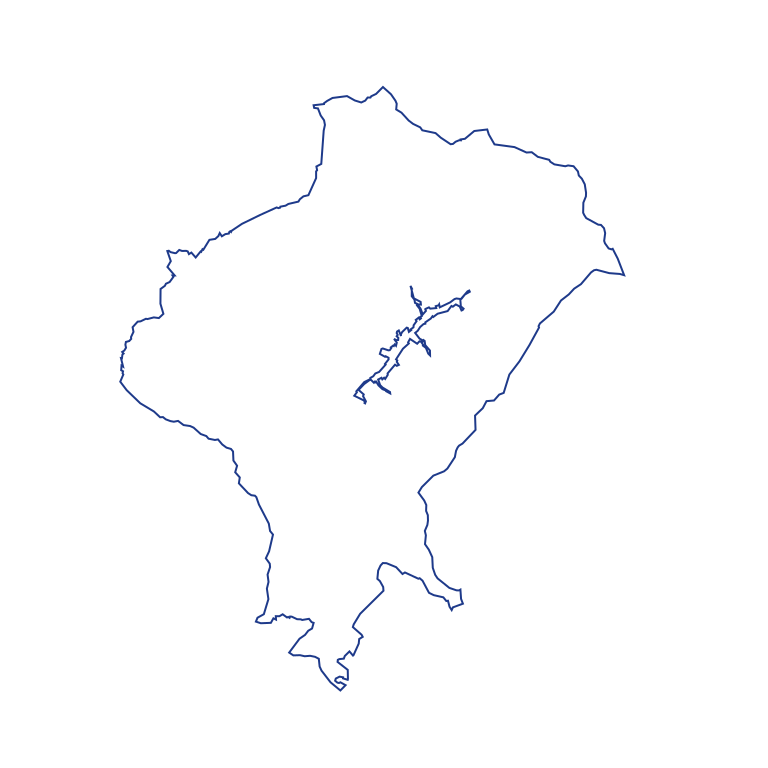 the district of Sandominic, Harghita, Romania, rotated 78°
{"feature_id": "2599482B98867301333239", "entity_name": "Sandominic", "entity_type": "district", "adm_level": 2, "iso_a3": "ROU", "parent_name": "Romania", "parent_adm1": "Harghita", "projection": "robinson", "projection_center": [25.816, 46.646], "detail": "fine", "context": "isolated", "style": "outline", "palette": "blue", "viewbox_px": 768, "rotation_deg": 78, "n_neighbors": 0, "source": "geoboundaries", "source_scale": "gbopen_adm2", "svg_char_len": 6156}
<svg xmlns="http://www.w3.org/2000/svg" viewBox="0 0 768 768"><g transform="rotate(78 384 384)"><path d="M664.7,498.3L674.7,490.4L670.6,484.2L666.7,488.7L667.1,490.2L666.4,491.7L664.1,493.5L662.1,492.4L661.0,488.3L662.4,485.0L663.4,485.3L665.8,481.0L665.0,480.6L656.1,478.9L646.2,487.2L644.2,486.5L643.8,484.9L644.3,480.4L641.9,478.9L638.4,473.4L643.2,470.8L642.9,470.2L632.7,462.7L628.3,461.3L626.9,457.4L624.7,458.0L615.3,465.0L612.8,463.6L603.8,455.1L586.1,427.5L582.4,427.0L575.9,429.0L573.2,431.0L565.3,428.5L560.8,425.1L558.9,422.4L559.8,418.8L565.7,410.2L573.7,405.4L572.7,402.7L581.6,390.9L581.4,389.5L584.4,387.2L597.6,383.4L600.9,379.2L605.0,370.3L609.2,368.2L609.3,366.5L615.5,366.2L619.2,364.8L616.8,363.0L615.3,352.5L610.2,353.3L601.0,352.0L601.5,353.6L600.9,356.0L597.0,362.5L585.3,372.0L581.3,373.6L573.9,374.5L563.4,372.8L555.4,374.6L549.2,377.2L540.7,374.5L536.2,374.6L530.9,370.9L526.8,369.4L521.4,368.4L516.9,369.2L511.2,367.8L506.3,368.9L497.4,372.9L492.7,368.4L483.9,354.8L481.9,343.4L479.9,339.6L470.3,329.9L464.3,327.4L461.3,325.1L459.9,323.4L458.6,319.6L447.9,304.0L433.8,301.5L428.2,292.4L422.1,287.3L423.0,279.8L418.3,273.5L417.6,268.8L400.8,259.4L390.0,246.8L376.1,233.6L361.0,220.6L359.6,220.8L357.2,218.9L348.5,202.9L339.1,193.5L334.8,184.6L330.3,178.2L327.3,170.6L317.9,158.3L316.4,154.9L316.4,152.5L322.4,140.6L325.4,130.4L327.5,126.5L310.0,129.3L299.3,132.2L299.6,133.5L298.1,136.1L292.3,138.6L289.8,138.9L282.4,136.3L277.4,136.4L273.5,138.7L272.7,141.3L263.8,151.7L260.4,153.0L257.9,153.6L248.1,151.3L242.5,147.5L239.0,146.6L230.4,146.1L224.3,147.8L220.6,150.1L216.4,150.1L210.4,153.3L208.5,158.5L208.7,161.4L204.6,171.7L201.2,175.1L199.1,175.8L193.8,186.3L188.0,191.3L187.2,196.5L179.4,207.1L172.6,226.1L161.7,229.6L156.5,230.1L155.3,243.1L161.0,253.9L160.7,258.2L161.6,258.2L161.2,259.8L161.9,263.6L163.5,266.6L163.3,269.0L154.8,277.3L149.3,281.4L143.8,293.8L140.5,295.2L135.6,301.5L131.4,305.1L122.2,310.5L118.0,315.0L112.5,313.3L109.3,313.9L102.1,316.9L93.3,323.3L98.6,331.4L99.9,336.7L101.0,337.7L100.4,340.5L102.9,343.4L103.9,347.7L100.6,353.6L94.7,360.3L93.5,374.9L95.3,380.8L96.9,384.3L97.7,384.5L96.7,394.9L99.4,394.9L100.7,391.3L108.2,390.1L113.6,387.8L118.3,387.9L123.6,390.3L155.7,399.6L157.2,404.9L161.0,405.0L161.9,406.2L168.5,407.6L183.6,418.7L183.7,423.8L185.8,427.9L187.8,429.8L188.0,440.1L189.1,443.2L189.0,448.5L189.9,449.0L190.0,450.7L189.0,452.3L192.9,470.0L197.8,489.6L202.4,501.1L203.5,502.0L202.6,502.6L203.1,503.7L204.6,504.5L204.4,508.0L205.8,511.9L202.2,513.3L204.9,515.3L207.0,518.9L206.7,524.8L215.1,532.8L214.4,533.5L216.7,535.3L216.2,535.8L221.1,541.9L215.4,545.1L216.4,547.8L213.5,548.4L212.7,549.7L211.8,554.0L210.3,556.4L212.7,560.1L212.6,561.2L210.6,565.4L208.9,566.8L208.9,568.3L219.5,567.0L224.5,571.5L234.3,566.2L233.9,568.3L235.4,567.7L239.7,572.5L240.6,576.5L242.4,577.9L244.6,582.8L259.0,586.0L269.5,585.2L272.7,590.5L271.0,595.3L271.3,601.9L270.7,603.3L272.1,609.1L271.8,612.0L276.2,618.1L280.9,618.2L285.5,621.7L287.3,621.9L289.0,624.3L289.2,627.7L291.8,628.8L294.9,628.8L297.3,631.1L298.2,633.4L300.1,632.4L300.7,633.7L304.4,635.0L304.0,635.9L312.7,635.6L311.4,636.9L315.9,638.2L317.3,636.6L319.2,637.5L320.5,637.0L326.9,641.5L336.5,637.0L352.2,626.4L363.0,614.8L370.0,609.9L370.4,607.1L373.2,604.8L375.9,600.6L377.2,597.4L377.3,593.1L382.5,588.6L384.8,582.4L387.1,579.3L394.8,573.7L398.0,568.6L401.0,567.0L403.6,561.0L403.7,557.9L409.5,554.8L413.5,551.3L415.7,547.2L418.6,545.7L427.6,547.2L433.4,544.7L439.4,547.9L445.4,544.5L451.0,546.6L462.4,539.7L465.2,536.9L466.4,533.5L468.1,532.4L475.9,531.4L496.6,525.7L504.1,526.0L508.2,523.9L523.8,531.2L529.9,535.8L536.0,533.1L539.4,533.5L546.2,537.5L553.6,538.1L559.8,541.1L570.4,541.8L584.2,549.4L586.3,556.3L589.8,558.7L592.4,554.2L594.1,544.3L590.2,540.9L592.0,538.6L588.6,538.1L589.4,534.6L588.2,531.0L592.2,527.4L591.9,526.2L593.1,525.0L591.9,524.2L592.4,522.6L596.0,517.9L596.9,514.3L597.8,513.1L598.1,506.2L601.9,504.3L603.0,502.5L608.2,505.2L609.6,509.4L613.0,513.4L615.6,519.6L627.0,532.6L630.6,529.1L631.8,522.5L633.8,518.2L634.5,512.8L636.5,508.2L639.2,504.9L647.0,505.7L651.4,504.7L664.7,498.3ZM311.6,280.9L313.3,286.3L316.7,290.4L317.3,291.8L324.0,292.7L326.9,290.5L328.0,291.7L328.2,292.9L324.0,293.8L321.1,297.2L322.7,300.6L321.7,301.8L325.9,306.6L326.4,316.9L328.7,321.9L327.8,322.5L329.7,324.6L332.3,330.8L333.6,331.0L333.6,332.9L335.8,336.8L339.0,340.0L340.5,342.9L347.0,339.8L349.1,337.4L350.6,337.3L349.3,336.2L350.3,335.3L354.5,335.6L360.8,332.1L365.6,333.0L363.5,334.4L357.4,335.5L354.5,338.0L353.7,337.6L350.3,339.0L349.6,340.4L351.5,343.2L345.3,349.2L348.3,351.8L349.5,351.3L353.4,358.1L362.4,367.1L363.7,366.1L365.0,366.9L368.4,365.5L368.9,367.7L367.4,369.2L374.4,378.3L375.8,378.4L379.3,381.8L377.9,382.6L379.1,384.7L377.4,385.2L378.4,388.8L384.3,388.0L387.1,386.2L393.1,379.8L394.5,379.9L391.6,383.3L391.1,383.0L388.7,386.6L384.2,389.7L380.2,391.1L380.6,391.8L379.7,392.3L380.7,393.6L377.1,396.0L377.2,397.4L379.9,403.4L384.5,410.1L390.0,406.0L391.5,407.0L397.2,405.3L399.0,406.5L398.5,407.0L397.5,406.2L395.6,407.5L389.3,415.5L386.5,412.3L385.4,412.6L378.0,402.9L376.3,396.2L375.2,396.1L374.2,392.9L371.9,390.3L371.2,386.3L365.4,378.4L364.6,378.9L360.9,374.4L359.3,374.1L357.2,376.6L357.6,377.3L353.7,381.8L349.2,379.2L349.0,377.8L352.0,372.7L352.1,371.3L350.3,369.4L349.6,369.7L348.3,367.0L348.9,366.5L347.5,365.2L349.1,364.3L346.2,362.9L342.0,364.8L343.8,362.5L343.9,361.0L341.8,360.4L339.9,361.7L338.8,360.4L336.8,361.0L335.4,360.3L334.7,358.4L340.6,357.4L339.0,357.2L337.0,355.5L333.6,350.1L334.1,349.1L338.2,348.8L336.9,346.2L336.1,346.6L334.7,343.4L332.7,342.8L329.3,339.1L327.9,339.6L326.3,336.3L328.2,335.6L327.5,334.2L326.0,334.7L325.4,332.9L317.8,333.5L313.7,335.5L312.3,335.1L311.1,336.8L307.8,336.7L303.9,338.6L298.5,337.4L293.5,337.7L296.7,336.8L296.9,337.5L306.4,337.0L311.3,331.1L314.0,331.4L313.0,334.7L317.8,332.6L324.0,331.6L321.2,327.8L319.4,328.1L319.1,327.4L318.4,324.1L319.9,323.1L320.6,317.1L318.6,317.2L318.4,314.2L317.6,313.5L320.6,313.5L317.9,302.3L315.6,297.4L315.4,295.4L316.9,291.2L310.7,283.0L310.3,281.2L311.6,280.9Z" fill="none" stroke="#1e3a8a" stroke-width="2"/></g></svg>